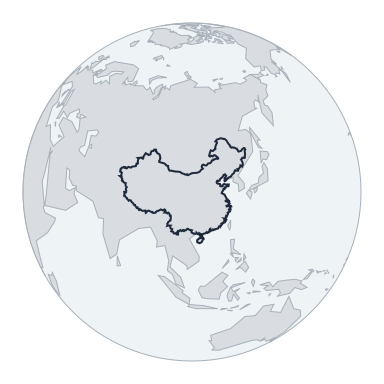 globe centered on China
{"feature_id": "CHN", "entity_name": "China", "entity_type": "country or territory", "adm_level": 0, "iso_a3": "CHN", "parent_name": "Asia", "parent_adm1": "", "projection": "orthographic", "projection_center": [106.815, 35.887], "detail": "fine", "context": "on_globe", "style": "outline", "palette": "slate", "viewbox_px": 384, "rotation_deg": 0, "n_neighbors": 0, "source": "natural_earth", "source_scale": "50m", "svg_char_len": 17163}
<svg xmlns="http://www.w3.org/2000/svg" viewBox="0 0 384 384"><circle cx="192" cy="192" r="169" fill="#eef3f6" stroke="#a8b0b8"/><path d="M347.4,257.4L347.1,258.2L347.0,258.5L347.4,257.4ZM291.6,55.5L280.2,48.9L279.3,47.9L276.5,46.6L277.3,48.0L278.6,49.3L270.0,50.3L271.0,59.1L276.9,64.4L271.2,61.6L286.2,73.9L290.3,82.3L282.2,71.4L278.7,69.3L279.8,74.0L276.5,72.9L275.1,74.7L271.0,73.1L266.6,67.4L263.9,66.4L264.8,69.8L261.4,70.8L260.4,65.8L254.2,67.0L245.7,58.7L246.4,48.3L238.2,44.0L229.9,34.7L227.3,35.0L222.4,32.2L217.6,31.6L217.4,30.5L213.7,31.1L214.7,32.3L213.5,33.1L210.7,33.0L210.0,31.4L211.3,31.2L209.7,30.7L210.5,30.0L208.5,30.3L208.0,28.6L204.4,30.2L200.6,28.8L201.4,27.8L206.6,28.0L221.5,27.4L223.9,27.2L222.1,26.2L207.3,23.8L207.6,23.8L220.5,25.5L233.2,28.1L245.6,31.8L257.8,36.4L269.5,41.9L280.8,48.3L291.6,55.5ZM202.8,23.4L203.3,23.4L197.5,23.3L200.1,23.8L198.1,24.0L198.7,24.9L192.9,24.8L186.9,24.4L186.1,23.8L183.4,23.7L179.5,24.6L173.5,24.2L161.7,25.8L161.4,25.8L175.1,23.9L188.9,23.1L202.8,23.4ZM350.5,135.4L349.2,132.7L349.6,132.7L350.5,135.4ZM348.7,132.3L349.1,133.0L348.8,132.7L348.7,132.3ZM348.7,132.9L348.7,132.5L348.8,133.3L348.7,132.9ZM348.8,134.1L348.7,133.3L348.7,133.5L348.8,134.1ZM348.5,135.0L348.3,135.2L348.1,134.1L348.5,135.0ZM279.7,50.2L277.7,48.2L278.2,47.6L280.2,49.2L279.7,50.2ZM278.4,52.3L276.5,50.8L279.9,51.7L279.9,52.2L278.4,52.3ZM281.9,68.7L280.9,66.3L283.0,69.1L281.9,68.7ZM275.7,75.2L277.0,76.4L275.7,76.9L275.7,75.2ZM201.9,25.0L200.4,25.0L201.0,24.8L201.9,25.0ZM203.6,25.5L205.5,25.4L206.7,25.6L205.4,25.7L203.6,25.5ZM268.3,75.0L265.8,75.7L267.6,74.0L268.3,75.0ZM201.0,25.7L208.4,26.1L210.3,26.6L207.3,27.5L201.0,25.7ZM263.9,75.4L257.9,77.6L260.4,80.1L250.1,74.5L258.5,74.3L260.3,71.7L261.3,74.2L263.9,75.4ZM216.3,32.8L215.0,31.5L218.6,32.7L216.3,32.8ZM218.9,33.4L231.8,36.9L232.3,39.1L227.9,37.3L230.6,40.5L224.5,39.7L221.6,37.9L222.5,36.5L219.5,37.3L218.9,33.4ZM245.3,71.3L243.2,71.1L244.6,70.3L245.3,71.3ZM213.2,33.5L215.8,33.9L216.4,35.7L211.4,35.3L212.8,34.8L213.2,33.5ZM234.3,41.8L233.9,43.3L228.8,43.0L227.9,43.6L224.4,39.9L234.3,41.8ZM211.2,34.4L208.8,35.1L206.0,34.2L210.8,33.3L211.2,34.4ZM218.7,36.4L218.7,37.3L217.1,36.7L218.7,36.4ZM194.7,32.0L197.7,32.1L198.3,33.1L194.7,32.0ZM208.1,35.5L209.0,35.8L209.6,36.2L207.5,36.6L208.1,35.5ZM221.0,40.2L219.0,39.9L222.2,41.6L218.5,41.8L216.8,39.4L216.0,40.5L214.9,40.5L214.8,38.5L221.0,40.2ZM207.0,38.4L203.6,35.7L197.8,35.1L197.1,34.2L206.6,35.4L207.0,38.4ZM211.6,38.6L208.6,38.2L209.3,37.1L211.7,36.8L211.6,38.6ZM216.7,42.8L222.7,43.2L222.9,43.7L216.7,42.8ZM205.2,38.4L206.1,39.0L204.7,38.4L205.2,38.4ZM213.0,41.6L215.1,41.6L215.2,42.2L213.0,41.6ZM206.0,40.4L204.9,39.5L206.5,39.2L206.0,40.4ZM209.1,41.1L208.8,42.0L207.8,39.6L210.0,41.0L209.1,41.1ZM212.8,42.2L213.5,42.5L211.9,42.1L212.8,42.2ZM200.5,42.5L198.8,39.6L202.4,38.7L203.5,41.6L200.5,42.5ZM63.2,82.7L65.6,80.9L61.4,86.8L58.8,98.9L57.6,101.9L52.5,106.6L46.2,126.4L50.5,124.6L50.2,139.6L53.4,146.3L64.1,136.6L58.9,125.2L63.3,117.4L71.8,121.5L77.1,132.3L79.0,129.6L80.1,118.5L85.9,117.0L81.0,114.4L79.6,118.4L76.5,117.1L77.6,113.4L79.6,112.9L79.3,109.0L69.8,113.1L67.4,117.6L63.7,111.2L59.3,118.2L56.7,118.6L63.2,107.0L66.0,104.4L74.3,89.5L71.0,91.5L62.9,105.9L63.4,103.3L58.8,106.8L62.7,102.1L72.4,86.5L72.1,81.4L63.8,84.4L65.3,81.4L70.2,75.5L81.2,66.6L76.6,74.6L80.4,72.2L88.1,65.3L86.1,68.6L88.7,66.9L87.6,70.0L92.8,70.1L92.7,73.0L101.2,69.3L102.3,70.5L97.0,72.2L93.2,75.3L93.8,83.5L95.8,84.0L101.3,81.1L100.8,84.0L106.0,80.2L109.5,84.0L109.6,76.4L116.1,73.5L121.7,74.0L123.8,71.9L114.6,71.1L111.0,72.1L107.8,75.1L97.8,77.5L96.2,75.6L106.7,68.4L105.6,65.2L114.3,61.6L133.8,64.9L138.6,68.7L132.9,81.2L128.1,81.8L127.7,77.4L122.1,84.2L125.4,82.3L125.0,84.9L131.0,83.4L131.0,85.2L136.8,80.8L137.5,82.9L133.8,85.6L143.3,85.8L146.4,89.9L148.5,89.1L149.9,87.1L152.9,94.0L154.4,93.1L154.0,90.5L156.6,87.2L162.4,84.2L163.1,86.7L161.1,88.1L158.0,95.2L152.6,99.0L153.4,99.8L158.3,97.2L162.2,88.4L165.5,86.0L164.3,90.0L165.0,88.3L166.9,87.9L169.4,90.0L170.9,85.6L190.5,79.3L197.3,83.3L194.1,87.3L208.5,87.0L215.0,92.4L214.6,89.8L221.3,88.6L219.3,86.8L219.6,85.5L235.7,82.6L240.1,84.2L246.6,80.9L246.4,79.7L243.5,78.3L250.1,74.5L260.4,80.1L260.3,82.4L266.9,84.7L265.8,90.0L267.9,95.8L262.9,100.9L265.0,105.4L267.4,105.8L272.0,112.5L273.4,125.7L262.0,113.0L257.8,94.9L258.6,101.9L255.4,99.9L253.8,102.3L254.6,107.5L256.6,108.3L242.3,116.2L238.3,130.6L246.0,129.5L250.7,133.7L252.8,151.4L238.0,175.7L244.1,183.2L244.4,188.3L238.9,191.6L238.3,184.2L232.9,181.7L233.4,177.3L224.3,180.8L224.7,174.6L217.5,180.8L220.1,185.6L227.9,184.5L221.6,193.0L229.4,201.5L230.2,211.6L216.6,229.2L202.9,234.1L202.0,237.1L196.7,233.3L189.4,238.9L199.2,256.5L198.9,261.2L187.2,269.4L187.0,265.9L172.8,255.9L170.0,266.9L180.7,277.2L184.4,287.8L176.0,283.9L172.3,274.3L167.3,270.5L168.8,261.0L164.9,245.6L156.5,247.1L157.3,241.1L150.6,227.1L138.6,228.5L119.5,239.8L116.7,254.2L110.2,258.6L102.9,233.9L103.6,218.5L98.4,217.8L93.0,201.3L76.4,190.6L76.3,185.8L72.7,185.4L69.2,177.9L69.9,170.3L66.8,168.0L65.5,188.1L69.2,190.7L75.3,187.6L74.0,193.9L77.7,202.5L65.6,210.3L44.7,205.4L46.4,193.8L50.0,154.4L52.1,151.8L52.2,151.4L52.5,150.6L49.0,154.3L50.9,147.0L44.8,172.2L42.2,181.4L44.3,205.8L43.2,206.5L45.0,212.6L55.5,218.1L54.7,221.5L47.5,232.7L36.3,240.8L40.0,256.6L42.9,267.6L40.8,267.1L45.4,276.1L39.8,265.3L34.9,254.2L30.8,242.7L27.6,231.0L25.2,219.0L23.7,207.0L23.1,194.8L23.3,182.6L24.4,170.5L26.4,158.5L29.2,146.7L32.9,135.1L37.4,123.8L42.7,112.8L48.8,102.3L55.6,92.2L63.2,82.7ZM78.9,150.5L84.7,156.8L88.8,146.5L91.3,148.3L91.8,144.3L89.0,145.8L91.2,135.6L96.1,136.0L98.8,132.2L97.0,129.9L87.7,131.0L84.6,145.3L80.4,147.1L78.9,150.5ZM104.0,56.3L101.5,58.5L98.6,59.4L98.8,56.8L102.9,55.4L104.0,56.3ZM98.5,61.6L108.9,55.9L109.3,57.6L107.3,57.5L106.5,59.3L103.1,59.7L93.3,67.4L90.1,68.8L92.1,62.5L93.1,63.6L95.6,61.2L98.5,61.6ZM134.9,41.9L139.5,40.4L134.3,45.9L130.7,46.7L130.6,43.9L134.8,41.3L134.9,41.9ZM194.3,27.6L196.4,27.4L196.6,27.8L195.0,28.2L194.3,27.6ZM196.1,32.0L185.5,29.1L187.3,28.6L179.0,28.0L180.5,26.6L185.9,27.0L180.8,25.7L186.3,25.6L182.3,25.0L194.1,25.9L198.8,26.0L192.9,26.3L191.4,27.5L192.1,28.0L197.8,29.8L207.1,31.0L207.1,32.7L204.6,33.6L202.3,33.6L203.1,32.4L199.5,33.2L198.8,31.5L196.1,32.0ZM175.1,48.6L176.9,46.3L169.6,49.4L168.9,47.0L168.1,47.5L165.5,46.2L160.9,45.7L161.4,44.6L159.4,44.9L157.7,44.2L155.1,44.4L155.0,42.5L151.9,42.6L153.7,41.6L148.3,42.4L152.2,41.0L150.3,40.3L147.5,42.0L153.4,33.1L152.8,31.2L150.1,30.5L157.3,28.7L164.4,28.4L170.4,29.6L170.0,32.0L173.3,31.0L174.1,31.9L171.1,32.3L176.1,32.3L176.0,33.3L181.3,35.5L188.7,35.4L190.8,36.4L187.9,36.9L192.1,37.6L188.0,39.4L189.4,40.2L186.8,43.1L180.2,44.0L182.4,44.9L180.5,47.3L175.1,48.6ZM199.5,43.2L191.9,44.4L187.7,43.8L194.0,39.2L193.3,38.2L197.2,35.6L203.1,36.7L201.4,37.3L201.2,38.1L199.5,37.4L200.7,38.6L198.4,39.6L198.8,40.8L196.2,40.8L199.5,43.2ZM59.5,101.7L59.1,103.5L59.3,105.5L56.5,108.0L59.5,101.7ZM65.8,91.0L66.0,92.0L62.0,96.0L62.4,94.3L65.8,91.0ZM69.5,89.3L66.3,91.7L68.2,89.4L69.5,89.3ZM97.5,73.1L98.1,74.1L96.8,75.0L94.9,75.4L97.5,73.1ZM153.4,58.8L155.1,57.3L156.1,57.4L161.8,55.4L162.8,57.2L159.7,59.2L153.4,58.8ZM61.3,136.7L58.4,137.0L58.8,134.9L59.7,135.2L61.3,136.7ZM55.8,121.8L55.4,126.7L55.0,122.4L55.8,121.8ZM155.5,60.5L157.7,59.4L156.8,61.0L155.5,60.5ZM163.8,58.5L163.3,60.3L163.6,57.2L163.8,58.5ZM56.3,280.9L59.7,295.0L55.8,290.9L51.8,284.3L48.3,274.3L51.7,275.7L52.4,272.4L56.3,280.9ZM227.1,310.2L232.1,310.4L231.9,310.9L227.1,310.2ZM221.8,308.5L227.6,308.4L220.8,309.8L221.8,308.5ZM229.9,308.3L235.8,306.7L238.4,305.5L237.9,306.7L229.9,308.3ZM217.8,308.7L196.3,308.6L187.8,306.6L189.8,304.6L203.5,305.6L217.8,308.7ZM189.1,304.5L176.1,297.2L158.4,275.5L164.7,276.8L183.2,290.7L182.0,292.6L189.9,298.2L189.1,304.5ZM220.6,293.1L219.3,299.1L207.4,298.7L202.0,297.7L198.3,290.0L200.4,286.1L204.8,286.3L222.0,272.2L228.0,275.4L222.7,281.5L227.6,286.6L220.6,293.1ZM117.3,255.9L120.6,265.6L117.1,265.9L117.3,255.9ZM229.0,261.8L222.1,268.5L228.4,259.7L229.0,261.8ZM232.8,253.5L233.2,256.8L230.4,253.8L232.8,253.5ZM201.8,241.8L197.1,242.4L197.0,240.0L203.0,237.8L201.8,241.8ZM230.7,220.1L230.6,227.4L229.7,229.9L227.6,225.7L230.7,220.1ZM166.9,77.5L157.9,78.0L152.0,80.3L149.7,84.1L149.1,79.2L158.1,75.7L166.9,77.5ZM187.5,78.7L189.4,75.7L191.2,77.1L191.0,78.0L187.5,78.7ZM186.8,76.8L184.4,73.1L187.2,71.5L188.5,74.7L186.8,76.8ZM169.6,66.0L166.8,66.0L167.6,64.6L169.6,66.0ZM269.5,341.9L270.7,340.5L276.6,337.7L273.0,340.1L269.5,341.9ZM251.8,340.4L218.9,350.2L212.0,350.0L214.3,347.7L209.2,340.6L211.6,340.7L210.8,335.2L230.6,328.6L245.0,316.5L255.3,315.6L263.5,306.1L273.9,304.3L270.3,311.4L280.6,312.4L288.9,296.4L293.8,308.7L300.3,310.1L300.6,316.3L283.8,332.5L275.5,337.6L274.5,337.5L270.9,339.6L266.1,341.1L264.6,339.1L261.0,341.1L265.1,337.6L259.6,341.2L257.6,339.8L251.8,340.4ZM325.4,289.4L326.5,288.7L327.9,289.1L326.1,290.4L325.4,289.4ZM344.3,263.9L344.5,264.1L343.4,266.0L344.3,263.9ZM347.0,258.5L345.8,260.9L347.4,257.4L347.0,258.5ZM333.3,276.5L333.8,276.8L333.2,277.6L333.3,276.5ZM332.9,276.7L333.8,274.7L333.5,276.1L332.9,276.7ZM327.8,273.7L328.6,272.3L328.9,272.7L327.8,273.7ZM239.6,309.7L246.8,304.6L250.6,303.8L239.6,309.7ZM326.7,272.8L324.7,273.9L325.0,273.0L326.7,272.8ZM327.0,270.8L326.8,269.7L327.9,271.6L327.0,270.8ZM323.2,270.5L325.6,271.1L322.9,271.0L323.2,270.5ZM321.7,271.7L319.9,271.8L320.1,271.3L321.7,271.7ZM300.2,283.2L307.1,287.3L301.3,289.6L294.9,287.6L289.6,293.4L277.6,296.2L280.4,292.9L278.9,289.3L266.3,290.5L263.8,288.3L268.3,285.6L259.9,284.9L269.1,282.0L272.9,286.8L278.0,281.3L286.8,280.1L295.3,279.3L301.9,281.0L300.2,283.2ZM269.0,294.2L270.6,293.8L269.2,295.7L269.0,294.2ZM316.5,270.7L319.1,271.9L318.7,272.7L317.4,273.0L316.5,270.7ZM303.4,279.5L310.6,272.1L312.2,271.5L307.4,278.6L303.4,279.5ZM308.9,269.9L312.2,269.1L313.8,270.9L313.1,271.9L308.9,269.9ZM250.2,292.3L249.8,293.9L247.4,293.0L250.2,292.3ZM253.4,290.9L260.6,291.5L252.7,292.4L253.4,290.9ZM231.1,287.8L233.2,291.4L240.1,288.4L234.8,292.3L239.4,297.9L237.8,300.3L233.3,294.2L231.6,301.0L228.6,301.1L227.0,295.5L230.0,288.1L233.1,284.9L245.4,282.5L231.1,287.8ZM253.3,286.4L251.4,282.3L252.8,279.1L254.9,281.2L253.3,286.4ZM245.6,272.1L240.4,267.3L235.7,269.7L245.1,261.3L248.6,267.4L245.6,272.1ZM241.1,260.7L236.7,262.9L241.2,258.1L241.1,260.7ZM235.5,261.2L235.0,257.4L238.5,257.6L235.5,261.2ZM243.4,260.6L244.1,254.0L245.9,257.7L243.4,260.6ZM233.4,248.8L240.9,254.6L231.2,252.6L230.5,239.7L234.6,239.2L233.4,248.8ZM254.8,192.8L253.6,189.0L257.3,187.6L257.0,190.6L254.8,192.8ZM268.1,180.8L257.9,186.1L249.4,190.7L252.2,192.2L250.6,199.0L246.3,193.3L251.9,185.3L258.4,183.0L259.0,177.3L263.5,172.9L262.0,166.0L263.9,162.7L267.3,168.4L268.1,180.8ZM261.1,163.2L260.1,151.0L267.2,151.6L269.0,154.5L266.5,159.7L262.9,159.0L261.1,163.2ZM262.0,148.3L258.5,147.7L249.7,130.8L249.6,127.5L260.0,140.1L257.3,140.2L258.2,144.4L262.0,148.3ZM244.0,72.5L243.3,71.3L245.1,72.1L244.0,72.5ZM218.4,84.6L219.1,83.0L221.2,83.9L218.4,84.6ZM222.3,79.2L219.4,79.3L222.2,78.1L222.3,79.2ZM212.9,79.9L218.1,78.8L213.6,81.4L212.9,79.9Z" fill="#d9dde1" stroke="#a8b0b8" stroke-width="1"/><path d="M195.2,233.9L194.6,233.5L193.5,233.7L192.4,232.8L191.6,232.6L191.3,231.1L191.9,230.3L190.2,229.8L189.4,229.9L187.8,228.7L186.7,229.2L186.2,230.1L185.4,230.4L184.7,230.2L184.2,230.9L183.3,230.2L183.0,230.7L182.5,230.2L181.6,231.1L180.2,230.1L179.2,231.2L178.1,230.8L177.6,231.4L178.1,232.7L178.0,234.6L176.7,234.4L176.3,232.8L175.0,233.5L173.7,233.4L173.2,231.8L171.2,231.3L172.2,229.1L170.5,228.3L170.1,226.2L170.6,225.6L168.9,225.5L167.2,225.9L167.6,225.0L167.2,223.8L167.8,223.2L168.1,222.1L170.4,220.5L170.2,219.9L170.6,219.6L170.8,218.1L170.7,215.5L170.2,215.3L169.8,215.5L169.4,213.8L168.4,212.6L168.1,212.6L167.4,213.4L165.7,212.5L164.8,212.5L165.7,211.6L165.4,210.7L164.6,211.0L164.6,210.5L165.2,210.1L164.5,209.4L162.7,210.4L160.9,209.4L158.5,210.8L157.2,210.9L155.5,212.3L155.5,212.7L153.7,213.0L152.8,212.8L152.9,212.4L152.1,211.8L151.4,212.0L148.7,210.6L147.6,211.0L145.8,212.9L145.5,212.3L145.9,210.9L145.5,210.5L142.9,210.9L141.7,210.5L140.5,209.5L139.9,209.9L139.4,209.2L138.9,209.7L138.3,208.5L137.0,208.1L137.3,207.3L136.4,207.2L135.2,205.9L135.1,204.9L133.8,204.7L133.1,203.2L131.1,201.4L130.9,200.5L129.5,200.1L128.6,200.7L127.8,199.4L126.8,198.6L126.9,198.0L125.3,196.7L124.9,195.5L124.1,195.6L124.5,193.7L124.2,191.9L124.9,191.9L125.2,192.7L126.0,192.5L126.3,190.5L125.8,189.4L126.1,187.9L126.8,187.2L125.6,185.7L125.5,183.9L125.8,183.2L123.8,182.4L123.0,181.6L123.0,181.1L122.2,181.0L121.8,180.2L122.3,179.3L122.2,178.4L121.5,177.9L121.5,177.3L119.8,176.0L121.5,175.8L121.2,175.1L121.9,172.8L121.0,171.7L120.4,171.8L120.1,171.5L120.6,169.0L121.2,168.9L121.3,168.2L121.9,167.6L123.8,167.5L123.9,167.0L125.5,167.1L125.4,168.1L126.7,168.4L128.4,166.9L130.9,167.6L131.6,166.9L132.5,166.6L135.9,166.1L136.3,164.3L137.2,163.9L137.0,163.4L137.9,163.3L137.9,160.4L138.4,159.2L138.7,158.8L137.8,158.0L141.6,157.6L141.9,158.3L143.0,158.7L143.4,157.9L143.0,157.3L145.7,153.2L147.3,154.2L148.5,154.5L148.6,155.0L150.1,154.6L150.6,154.2L150.9,152.3L151.5,151.2L153.2,151.0L154.3,149.5L156.0,149.7L156.0,150.1L155.7,150.4L156.2,151.0L155.9,151.4L156.8,152.1L156.8,152.6L157.5,153.4L158.3,153.5L159.7,154.7L160.4,158.1L160.0,158.9L160.0,159.6L159.1,161.0L159.3,162.0L164.5,163.5L166.7,165.6L168.0,165.9L167.8,166.6L168.2,166.9L168.6,169.0L169.5,170.7L171.3,170.7L176.1,171.7L177.2,171.5L180.5,172.1L181.8,173.3L183.8,173.8L185.2,174.6L186.9,174.3L186.9,174.9L188.0,175.2L191.9,173.2L197.5,172.7L199.8,171.6L201.0,169.9L202.9,168.7L201.7,166.9L202.0,165.5L202.6,164.8L203.6,164.7L204.3,165.2L206.2,165.5L207.1,164.8L208.0,163.5L210.3,163.1L211.2,162.2L211.8,160.5L213.3,160.1L213.4,159.5L214.0,159.6L216.1,158.6L217.2,158.9L218.2,158.6L218.2,158.1L217.6,157.3L214.9,155.2L213.5,155.4L212.8,156.4L211.6,155.9L210.5,156.1L210.0,156.6L209.3,156.1L209.1,155.4L209.5,155.0L209.5,154.1L210.7,150.4L213.0,151.0L214.0,149.9L215.4,149.1L215.4,148.5L215.0,148.2L216.1,144.6L217.0,143.0L216.6,141.8L215.4,141.5L216.7,139.7L221.0,138.2L223.3,139.0L223.7,138.7L224.8,139.0L226.5,140.6L228.5,143.9L229.5,144.8L229.8,145.8L230.4,146.1L230.6,147.2L231.6,147.7L232.8,147.3L233.7,147.8L234.4,147.6L236.1,148.6L236.7,148.6L237.0,149.3L237.7,149.9L237.8,150.8L238.6,151.6L241.2,150.8L242.0,149.4L243.8,148.0L244.6,148.2L244.6,148.9L245.3,149.6L244.6,151.1L245.1,154.1L244.8,155.3L245.0,156.1L244.6,156.6L244.8,157.6L244.6,158.0L242.3,157.7L241.8,158.9L241.0,159.5L242.2,161.6L242.8,163.5L242.8,165.0L241.7,165.8L242.1,166.0L242.1,166.3L241.3,165.8L241.2,165.4L240.4,165.3L240.5,166.9L239.7,167.2L239.2,168.5L237.5,169.0L238.2,170.0L238.1,170.7L236.0,170.7L235.4,170.2L234.9,170.4L233.9,173.1L231.9,174.8L230.9,176.6L229.6,177.0L227.9,178.1L226.3,180.0L225.7,180.2L225.7,180.7L224.7,181.2L224.5,180.7L225.6,179.9L225.5,179.6L225.8,179.1L224.6,179.3L224.5,178.8L225.0,178.4L224.9,177.8L225.5,177.4L226.2,175.7L225.1,174.5L224.9,174.9L223.7,174.9L222.5,177.1L220.3,178.8L219.6,180.6L218.1,181.1L217.5,180.7L216.9,181.0L216.6,182.4L216.9,183.1L217.8,183.7L220.0,183.9L220.4,184.9L220.2,186.0L221.1,186.4L222.2,186.3L223.1,184.6L224.1,184.0L226.3,184.7L227.2,184.4L228.7,184.5L228.3,185.6L228.6,185.9L228.2,186.3L227.2,186.1L225.4,187.4L224.8,187.4L225.1,188.0L224.7,188.1L224.6,189.0L224.1,189.3L223.8,188.8L223.5,188.9L223.4,189.2L223.8,189.5L222.1,191.8L221.7,193.2L224.5,194.5L226.4,198.0L226.5,199.0L227.8,199.5L228.1,200.3L229.2,200.9L229.3,201.4L229.1,201.5L228.0,201.2L227.1,201.3L225.9,200.8L224.8,201.4L226.4,201.0L226.7,201.5L229.0,202.6L229.5,203.3L229.7,203.7L228.6,204.3L227.5,205.6L226.4,205.8L225.8,206.3L226.5,206.0L226.9,206.5L228.4,205.7L229.5,206.5L230.6,206.7L229.3,208.0L230.2,207.5L230.4,207.8L230.5,208.9L229.9,208.6L229.3,209.1L229.9,209.5L229.6,209.6L229.9,209.8L229.5,210.5L230.0,211.4L229.2,211.8L228.8,211.5L228.4,212.4L227.9,212.6L228.2,212.9L227.7,213.9L227.8,214.4L226.6,216.8L226.2,216.9L225.9,216.3L225.7,216.7L225.3,216.5L226.2,217.7L225.2,218.7L224.4,218.6L224.9,219.0L225.7,218.8L225.8,220.6L224.7,220.5L225.0,221.1L224.2,221.3L224.1,222.1L223.4,222.5L223.5,223.1L222.0,223.3L221.4,223.8L222.0,224.4L221.0,225.7L220.6,225.7L220.4,226.5L220.1,226.1L219.6,226.6L219.1,226.4L218.1,228.5L215.9,229.0L215.5,229.4L214.7,229.2L213.8,229.9L213.2,229.5L213.0,230.2L211.6,230.4L210.4,229.4L210.4,228.7L210.1,228.8L209.7,229.3L210.3,230.2L210.3,231.3L209.3,231.8L209.1,231.4L208.8,232.3L207.8,232.7L207.1,232.2L207.0,232.9L206.0,232.6L205.1,233.5L203.5,233.7L202.3,234.6L201.9,234.3L201.2,235.4L201.8,235.7L201.6,236.2L202.2,236.6L201.8,237.2L200.5,237.1L200.7,236.8L199.8,235.5L200.5,233.9L199.5,233.3L199.5,233.8L198.4,234.1L198.3,233.6L197.4,233.6L196.6,232.8L196.6,233.6L196.1,233.4L195.2,233.9ZM203.3,238.0L203.7,239.0L202.6,240.0L202.1,241.6L201.1,242.5L199.6,243.2L197.3,242.3L197.1,240.2L198.8,238.8L198.6,238.8L198.8,238.5L201.3,237.9L202.5,238.1L202.6,237.7L203.3,238.0ZM229.4,202.1L228.6,202.0L227.7,201.4L228.3,201.4L229.4,202.1ZM231.1,206.3L230.4,206.3L230.2,205.9L231.0,206.0L231.1,206.3ZM226.3,219.9L226.0,220.4L226.0,219.8L226.3,219.9ZM201.5,235.2L202.2,235.0L202.2,235.3L201.5,235.2Z" fill="none" stroke="#1e293b" stroke-width="2"/></svg>